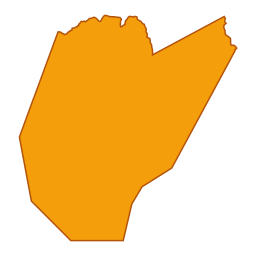 the district of Daulo District, Eastern Highlands, Papua New Guinea
{"feature_id": "67681753B69835988220980", "entity_name": "Daulo District", "entity_type": "district", "adm_level": 2, "iso_a3": "PNG", "parent_name": "Papua New Guinea", "parent_adm1": "Eastern Highlands", "projection": "albers", "projection_center": [145.254, -5.99], "detail": "fine", "context": "isolated", "style": "filled", "palette": "amber", "viewbox_px": 256, "rotation_deg": 0, "n_neighbors": 0, "source": "geoboundaries", "source_scale": "gbopen_adm2", "svg_char_len": 1935}
<svg xmlns="http://www.w3.org/2000/svg" viewBox="0 0 256 256"><path d="M123.2,240.6L131.8,204.0L142.1,186.7L171.8,168.0L223.7,71.8L235.0,50.8L235.0,49.6L236.6,48.7L236.6,47.8L234.8,45.8L233.9,45.3L231.4,45.3L230.7,44.4L230.5,38.5L228.7,36.8L225.7,34.9L225.0,32.4L225.0,30.6L223.8,27.6L223.8,25.8L224.5,24.7L226.1,23.3L224.9,22.2L224.7,20.3L225.4,18.7L224.2,16.5L152.5,54.9L152.6,52.6L152.5,51.0L152.4,49.8L152.0,48.0L151.7,47.2L151.7,45.3L151.3,44.4L150.6,43.4L150.2,41.3L150.1,40.4L150.0,38.9L149.2,38.2L147.7,37.7L147.0,37.3L147.2,36.9L147.2,34.6L147.1,33.4L146.2,32.3L145.9,31.4L146.2,30.6L146.2,28.9L146.0,28.2L145.3,27.2L144.7,26.3L144.4,24.7L144.3,24.3L143.7,24.1L142.9,23.8L141.5,22.3L140.8,21.4L139.9,20.9L137.4,19.4L137.1,18.6L136.9,17.0L136.2,16.6L134.5,16.4L133.3,17.1L132.6,16.9L130.9,16.5L129.6,16.4L128.5,17.0L127.9,17.8L127.2,19.1L126.8,19.6L126.1,20.2L125.6,20.7L125.4,21.5L125.4,22.2L125.0,22.7L125.1,24.1L124.3,24.8L123.5,25.3L122.7,25.7L121.7,26.7L120.8,26.8L120.8,26.4L120.3,25.7L120.3,25.0L120.4,24.1L120.4,23.7L120.4,22.6L120.6,21.3L121.2,19.7L121.4,19.3L120.9,18.5L120.3,18.0L120.0,17.5L119.5,17.5L118.3,17.3L116.9,17.2L115.8,17.1L114.4,16.7L113.2,16.8L112.1,16.7L110.3,16.7L108.9,16.4L108.4,16.1L107.2,15.8L106.1,15.6L105.2,15.4L104.4,15.5L103.6,16.5L102.9,17.3L102.1,18.6L101.2,20.1L101.0,20.9L99.8,21.5L99.0,21.1L97.9,20.2L97.5,19.5L96.4,18.5L95.5,17.9L94.4,17.3L93.5,17.4L92.5,17.8L91.3,18.3L89.4,18.5L87.6,20.3L86.7,20.8L86.2,21.4L85.7,21.7L85.0,21.6L84.2,21.1L83.4,21.5L82.5,21.6L81.4,21.4L80.4,22.2L79.9,23.4L78.9,24.0L78.6,24.6L78.8,25.3L78.4,25.8L77.7,25.8L77.1,26.7L76.2,27.0L74.1,27.9L73.1,28.1L72.1,28.3L72.0,29.4L72.0,29.9L71.4,30.3L70.2,30.6L69.9,31.3L68.8,31.7L68.1,32.3L67.3,33.2L66.3,34.0L65.6,34.4L64.5,34.6L63.7,33.8L62.1,33.4L61.4,32.5L60.1,32.0L58.1,31.8L34.0,97.4L33.0,99.9L19.4,137.1L31.4,201.1L40.2,209.9L70.8,240.6L123.2,240.6Z" fill="#f59e0b" stroke="#b45309" stroke-width="1.5"/></svg>